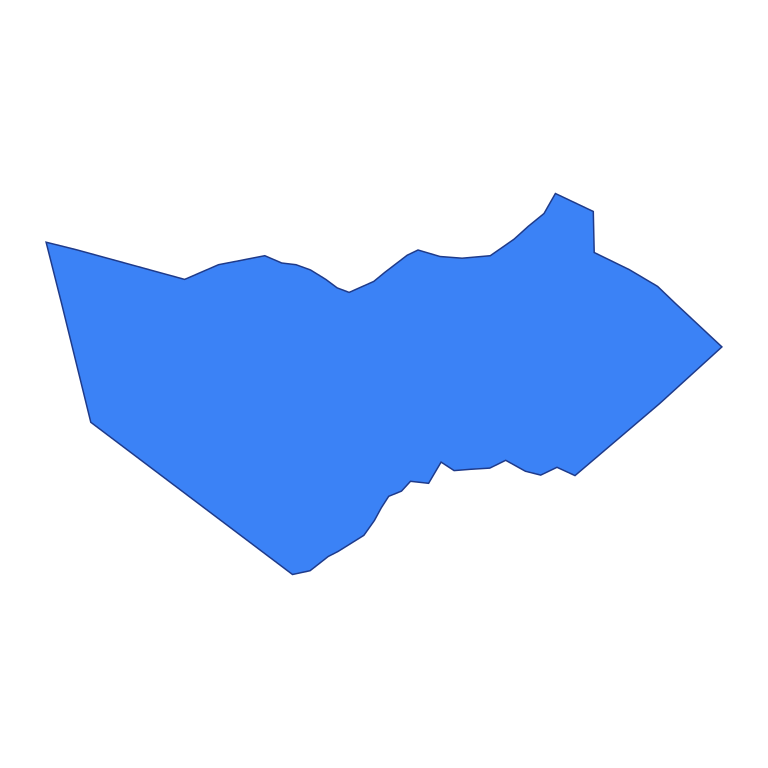 Arês, Rio Grande do Norte, Brazil (Robinson projection)
{"feature_id": "56859067B99959531577878", "entity_name": "Arês", "entity_type": "district", "adm_level": 2, "iso_a3": "BRA", "parent_name": "Brazil", "parent_adm1": "Rio Grande do Norte", "projection": "robinson", "projection_center": [-35.195, -6.196], "detail": "fine", "context": "isolated", "style": "filled", "palette": "blue", "viewbox_px": 768, "rotation_deg": 0, "n_neighbors": 0, "source": "geoboundaries", "source_scale": "gbopen_adm2", "svg_char_len": 752}
<svg xmlns="http://www.w3.org/2000/svg" viewBox="0 0 768 768"><path d="M721.9,346.9L674.6,302.7L657.6,286.4L629.4,269.7L594.2,252.5L593.3,211.5L555.4,193.5L544.0,213.5L528.4,226.2L514.0,239.2L490.3,255.7L462.1,258.2L440.0,256.5L418.0,250.0L407.2,255.2L384.6,272.5L373.8,281.4L349.1,292.4L337.2,287.9L325.8,279.4L310.6,270.0L296.0,264.7L281.7,263.0L264.8,255.7L218.5,264.7L184.6,279.4L77.4,250.0L46.1,242.2L61.9,304.7L90.8,422.3L292.5,574.5L310.1,570.7L328.2,556.5L338.3,551.3L363.9,535.3L374.4,520.5L381.3,507.8L388.7,496.3L401.5,491.1L410.5,481.3L428.6,483.3L441.1,462.1L454.1,470.6L470.4,469.3L489.8,468.1L505.7,460.3L525.5,471.3L540.7,475.1L557.0,467.3L575.0,475.6L659.8,403.4L721.9,346.9Z" fill="#3b82f6" stroke="#1e3a8a" stroke-width="1.5"/></svg>